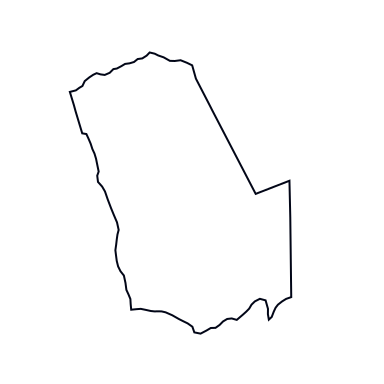 the district of Graça, Ceará, Brazil, rotated 341°
{"feature_id": "56859067B95005657066987", "entity_name": "Graça", "entity_type": "district", "adm_level": 2, "iso_a3": "BRA", "parent_name": "Brazil", "parent_adm1": "Ceará", "projection": "equal_earth", "projection_center": [-40.793, -4.044], "detail": "fine", "context": "isolated", "style": "outline", "palette": "ink", "viewbox_px": 384, "rotation_deg": 341, "n_neighbors": 0, "source": "geoboundaries", "source_scale": "gbopen_adm2", "svg_char_len": 1467}
<svg xmlns="http://www.w3.org/2000/svg" viewBox="0 0 384 384"><g transform="rotate(341 192 192)"><path d="M233.4,72.3L229.3,68.2L224.1,63.7L218.3,62.5L213.8,60.8L209.0,55.4L204.5,51.9L201.8,49.1L197.4,46.3L193.5,48.3L188.5,49.5L183.9,48.6L179.5,50.2L174.8,50.0L170.4,49.1L166.2,50.0L161.1,50.8L157.7,50.2L153.0,52.5L147.6,52.9L143.8,51.0L140.5,48.6L136.8,49.0L132.2,50.2L126.7,52.2L122.9,56.1L119.4,56.8L115.3,58.1L109.1,57.6L108.6,71.6L108.2,77.8L107.3,100.8L111.0,102.8L111.5,107.7L111.9,113.4L111.8,119.0L112.3,123.9L112.1,129.3L111.2,136.1L110.4,142.3L107.7,145.7L106.4,151.9L108.8,157.6L109.9,163.2L109.9,171.5L110.2,180.9L110.6,188.0L111.2,196.3L110.3,204.0L107.7,207.9L105.7,211.8L103.1,217.2L100.6,222.1L99.6,226.8L98.4,232.7L97.9,238.3L98.6,243.7L100.4,248.8L99.5,256.3L98.1,263.2L98.6,268.1L98.9,273.1L97.5,278.1L96.2,283.5L101.3,284.7L105.5,285.8L109.9,288.4L114.3,291.1L117.7,292.7L121.2,293.8L124.4,295.0L127.9,297.2L133.2,302.1L138.3,307.9L141.6,311.3L145.1,314.8L148.5,319.5L148.5,325.5L154.0,328.7L160.6,327.7L165.5,326.7L170.0,328.1L174.8,326.7L179.2,324.5L183.9,323.5L188.4,324.5L192.7,327.5L200.3,324.5L204.3,322.8L208.1,320.9L211.6,317.9L215.8,315.9L221.4,315.1L226.3,318.4L225.8,327.2L224.0,332.2L223.1,337.7L226.7,336.1L230.4,331.7L233.4,328.6L236.6,326.5L241.5,324.8L246.2,323.7L251.6,323.7L276.5,248.5L278.1,243.5L287.8,213.1L251.6,214.5L237.7,121.2L237.1,116.8L232.6,86.1L233.4,72.3Z" fill="none" stroke="#020617" stroke-width="2"/></g></svg>